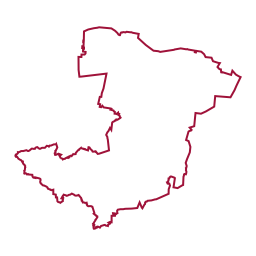 the district of San Felipe, Guanajuato, Mexico
{"feature_id": "50627088B95947511584751", "entity_name": "San Felipe", "entity_type": "district", "adm_level": 2, "iso_a3": "MEX", "parent_name": "Mexico", "parent_adm1": "Guanajuato", "projection": "albers", "projection_center": [-101.374, 21.488], "detail": "fine", "context": "isolated", "style": "outline", "palette": "rose", "viewbox_px": 256, "rotation_deg": 0, "n_neighbors": 0, "source": "geoboundaries", "source_scale": "gbopen_adm2", "svg_char_len": 5726}
<svg xmlns="http://www.w3.org/2000/svg" viewBox="0 0 256 256"><path d="M185.9,174.3L186.3,172.9L186.4,171.5L185.9,170.2L186.1,169.0L185.9,168.0L186.3,167.7L186.7,166.0L185.7,162.9L187.0,159.2L189.8,152.4L190.4,146.9L188.6,141.1L186.1,140.0L188.5,131.6L189.2,131.1L191.3,130.4L191.6,129.9L189.7,127.6L194.2,126.2L195.5,113.0L201.0,113.7L205.8,111.5L214.2,106.6L215.2,96.1L230.5,97.3L234.5,90.2L236.5,85.6L240.6,77.1L238.8,76.3L235.9,74.6L232.4,70.7L231.1,74.9L222.5,72.2L222.2,72.5L221.2,72.3L220.9,69.4L219.7,69.2L218.5,68.3L218.4,67.9L217.5,67.0L219.8,63.1L218.3,62.9L213.0,61.2L211.5,57.7L205.6,57.1L204.1,54.2L201.3,51.7L196.5,50.9L195.9,52.5L194.8,52.2L195.1,50.7L188.1,49.5L187.3,49.1L186.3,49.3L180.7,48.4L174.5,49.5L174.0,49.8L160.2,51.9L158.3,51.2L153.5,50.7L145.8,45.0L138.0,37.9L138.7,33.9L132.8,32.8L131.2,32.2L130.5,32.3L126.6,31.8L126.1,32.0L125.6,32.4L123.4,32.1L122.8,32.2L122.4,32.5L121.5,32.4L121.0,32.6L120.5,33.4L120.0,35.1L119.4,35.1L118.5,34.6L117.4,33.0L115.1,30.8L111.4,28.4L99.3,27.3L98.1,27.5L97.6,27.7L93.9,28.2L88.2,29.5L84.0,31.4L83.8,40.5L83.3,40.5L83.2,41.9L83.7,41.9L83.5,46.2L82.3,46.2L82.2,48.0L83.1,48.0L83.1,47.4L84.0,47.5L84.0,48.7L83.1,48.6L83.0,51.5L85.6,51.9L85.5,53.5L84.6,54.5L81.5,54.5L81.4,57.0L78.5,56.9L78.6,69.9L79.4,76.7L81.3,76.6L106.5,73.6L103.5,88.5L101.8,93.2L101.3,96.9L99.8,96.9L98.2,103.9L100.1,104.2L99.7,106.9L101.2,107.2L102.3,105.7L103.7,107.4L110.8,108.5L111.3,108.7L110.6,109.7L113.5,110.5L113.9,111.3L114.9,112.0L114.6,113.1L114.6,113.7L115.4,113.7L116.7,114.1L116.8,113.6L118.0,112.7L118.0,113.4L119.1,113.8L118.7,114.5L118.6,115.1L119.6,115.6L119.8,116.7L120.6,117.6L120.5,117.8L117.4,119.8L117.0,119.8L116.7,119.5L116.2,119.8L116.0,119.7L115.7,120.2L115.2,120.4L115.3,120.7L114.6,120.9L113.9,121.5L113.0,121.8L112.2,122.5L111.3,129.9L110.0,127.9L108.4,131.1L107.3,132.4L106.2,134.9L107.4,137.1L107.4,138.1L107.8,139.5L109.0,150.4L99.1,153.7L97.7,153.9L96.2,152.0L95.9,152.1L95.3,151.8L95.3,151.3L93.1,151.7L92.6,151.6L91.9,150.3L90.5,149.1L90.3,148.7L89.6,148.0L89.6,147.6L88.9,147.2L88.5,147.2L88.0,150.4L84.0,149.1L84.2,148.9L81.1,148.2L81.0,147.9L80.3,148.5L79.4,149.0L79.1,149.8L78.1,150.2L75.8,152.9L75.6,154.1L73.5,154.3L73.2,154.1L71.7,156.0L71.3,155.6L71.5,155.4L69.0,156.5L69.3,157.4L68.5,157.8L68.1,157.0L67.6,157.2L67.4,157.9L66.7,157.9L67.2,157.4L65.2,158.4L65.0,158.8L63.3,159.1L62.9,159.4L62.6,158.7L60.8,158.2L60.8,158.3L59.4,155.6L59.9,155.8L61.1,154.7L58.5,153.7L55.8,154.9L55.1,154.9L54.7,153.3L55.5,152.7L55.2,152.0L55.5,151.4L55.4,150.8L55.9,150.6L56.0,150.0L56.4,149.4L57.3,147.4L56.2,144.0L56.0,144.3L53.8,144.4L50.9,145.6L49.6,145.6L48.9,146.6L48.3,146.1L46.8,145.8L44.9,147.8L42.3,147.8L41.5,148.0L40.5,148.7L39.5,148.8L38.0,147.8L37.5,147.2L37.3,147.1L36.1,147.4L35.0,148.3L34.9,148.8L33.6,148.9L32.8,148.7L31.6,148.7L29.5,150.5L28.4,151.0L27.9,151.0L26.4,150.2L23.0,151.1L22.2,151.0L21.0,151.1L20.1,151.7L18.7,152.1L18.3,152.6L17.9,152.4L17.9,153.0L17.5,153.6L16.5,154.4L15.9,154.5L15.6,155.0L15.4,155.9L15.8,156.5L16.3,156.0L16.5,156.9L17.3,157.0L18.3,158.6L20.1,159.8L20.7,159.9L21.4,160.6L21.8,160.8L22.0,161.7L22.6,161.9L22.9,161.8L22.9,163.1L23.5,164.1L24.5,164.7L24.6,165.4L25.2,166.0L25.1,166.8L25.3,167.3L25.0,167.8L25.0,168.6L24.7,170.4L24.2,170.8L24.5,171.9L24.2,173.3L24.4,173.6L24.9,173.4L24.9,173.1L26.1,173.4L26.8,174.4L27.4,174.4L28.0,174.0L28.5,174.2L28.6,174.5L32.3,174.8L32.5,176.0L32.5,176.5L33.2,177.5L33.7,177.7L34.0,177.5L34.7,177.9L35.8,178.1L35.9,177.9L36.3,177.8L36.2,177.6L39.3,178.4L40.1,178.8L40.3,178.9L40.6,180.0L40.2,181.4L40.3,182.6L40.7,183.3L41.2,183.5L41.2,183.8L42.8,185.3L43.3,185.5L43.8,185.4L46.6,186.7L47.6,187.6L47.6,188.1L47.9,188.7L50.1,189.5L50.4,189.5L50.5,189.9L51.6,190.2L53.3,189.7L53.3,194.1L55.8,194.6L55.9,197.4L57.1,197.4L57.4,201.2L57.9,201.8L58.4,202.1L59.9,202.3L60.3,202.8L62.9,201.0L62.7,200.1L62.9,199.7L62.5,199.4L62.5,199.0L63.3,197.9L63.0,197.3L61.8,197.7L62.9,195.7L63.5,195.3L63.7,194.7L66.1,195.4L66.4,195.8L67.6,195.6L68.8,194.9L70.3,194.6L71.8,193.6L74.1,194.7L74.5,195.2L75.4,195.6L76.9,195.6L78.5,195.0L78.8,195.5L79.3,195.6L79.6,196.3L81.1,197.9L81.5,199.0L81.3,199.1L81.6,200.3L81.9,200.1L82.1,200.4L82.8,202.5L83.9,202.4L85.0,202.9L86.6,202.7L86.6,203.9L87.1,204.2L86.9,204.9L87.4,205.7L88.2,206.2L90.6,206.1L91.6,206.3L91.9,206.7L92.4,206.8L94.4,213.1L93.7,213.7L95.3,215.0L95.9,215.2L96.2,215.9L97.3,216.3L97.4,217.1L95.9,219.4L95.4,219.8L95.4,220.4L94.5,221.6L93.6,223.2L93.1,223.7L93.6,224.3L94.1,224.4L94.3,224.7L94.0,225.0L94.0,225.4L93.3,225.5L93.5,225.9L93.4,226.2L93.8,226.7L93.5,227.6L93.8,228.7L94.7,228.7L95.2,228.4L95.8,228.2L96.2,227.8L95.9,227.5L96.1,227.0L97.1,227.5L97.3,227.3L97.1,227.1L97.4,226.6L98.2,226.7L99.9,227.6L101.0,226.0L104.2,225.0L104.9,224.9L105.8,225.6L107.3,225.8L107.9,226.0L108.1,224.7L108.6,224.6L109.2,223.9L110.1,223.6L110.6,222.7L109.7,223.1L109.4,222.8L108.8,222.5L110.1,221.9L111.6,222.2L111.6,215.8L115.8,215.8L115.0,215.4L114.8,215.0L114.0,214.8L113.1,214.0L113.0,213.2L114.9,213.4L115.8,213.8L116.3,213.9L116.7,213.4L117.4,213.2L117.1,210.8L117.8,209.7L120.5,209.2L123.2,209.2L125.1,208.8L131.7,208.6L137.3,208.0L139.6,202.4L141.8,207.6L142.4,208.3L144.4,204.6L145.0,204.1L145.2,203.2L145.1,202.5L145.8,201.7L146.7,201.7L147.5,200.8L151.5,200.4L155.0,199.4L156.2,199.3L168.6,193.8L168.7,189.2L170.0,185.6L169.3,183.6L168.8,183.3L168.1,183.7L167.6,183.6L167.0,182.3L167.5,182.1L168.1,181.4L168.5,180.6L168.3,180.2L168.7,179.4L168.6,178.7L168.9,178.7L169.3,178.4L169.5,177.5L170.0,177.0L170.4,176.9L170.6,176.5L171.3,176.5L174.5,177.7L174.9,178.1L173.5,187.3L177.6,188.1L182.3,185.3L183.1,185.0L183.5,176.7L183.6,176.3L183.9,175.8L184.0,174.6L184.4,174.0L185.9,174.3Z" fill="none" stroke="#9f1239" stroke-width="2"/></svg>